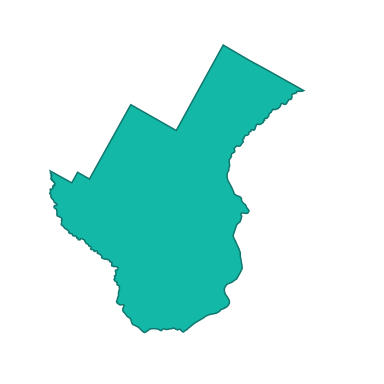 Collón Curá, Neuquén, Argentina, rotated 343°
{"feature_id": "61730980B40628819919033", "entity_name": "Collón Curá", "entity_type": "district", "adm_level": 2, "iso_a3": "ARG", "parent_name": "Argentina", "parent_adm1": "Neuquén", "projection": "equal_earth", "projection_center": [-70.399, -40.052], "detail": "fine", "context": "isolated", "style": "filled", "palette": "teal", "viewbox_px": 384, "rotation_deg": 343, "n_neighbors": 0, "source": "geoboundaries", "source_scale": "gbopen_adm2", "svg_char_len": 5863}
<svg xmlns="http://www.w3.org/2000/svg" viewBox="0 0 384 384"><g transform="rotate(343 192 192)"><path d="M57.3,147.9L57.0,148.6L56.8,150.6L56.4,151.0L55.5,151.6L56.0,152.9L56.1,153.4L55.9,154.8L55.6,155.4L56.0,156.9L56.5,158.2L56.8,158.5L57.1,158.6L57.0,159.2L57.2,159.8L57.2,161.0L57.4,161.7L59.0,163.8L59.3,164.3L59.0,165.0L58.9,165.1L58.3,164.8L57.2,165.1L57.0,164.9L56.1,165.2L55.6,165.8L55.7,167.0L56.3,167.8L57.1,168.4L57.3,168.9L57.1,171.5L56.2,173.8L56.1,174.7L56.2,175.4L56.6,175.9L58.0,176.9L59.2,178.3L60.0,179.5L59.8,180.0L59.6,180.3L59.2,180.4L58.8,180.9L58.8,181.2L58.8,182.4L58.5,183.1L58.3,183.3L57.6,184.4L57.4,185.2L58.3,186.2L59.1,187.7L59.6,189.4L60.2,190.2L60.8,190.4L62.7,193.4L62.7,193.8L62.4,194.4L62.4,195.0L62.6,195.5L63.3,196.1L65.0,196.6L65.2,198.7L65.8,199.4L66.5,199.7L67.7,199.8L68.1,200.3L68.3,200.6L68.4,202.3L68.7,202.6L69.3,202.5L69.5,202.6L69.6,202.9L69.3,203.8L69.3,204.4L70.8,204.9L71.3,204.8L71.9,204.2L72.7,204.2L73.1,204.3L73.8,205.3L74.6,206.0L75.2,206.3L75.3,207.1L75.1,208.0L75.4,208.4L75.6,209.6L75.8,210.1L76.2,210.7L76.9,211.2L77.6,212.2L77.6,213.4L78.1,214.0L79.2,214.5L79.3,215.0L79.4,215.4L79.2,215.9L78.8,216.2L78.5,216.6L78.4,216.8L78.6,217.4L80.7,218.4L80.9,218.7L81.0,219.8L81.3,220.3L81.9,220.5L82.8,220.1L83.8,220.6L84.2,221.1L84.3,221.4L84.2,221.7L83.6,222.4L83.7,223.1L84.8,223.8L86.0,225.0L86.5,226.1L87.0,226.9L86.9,227.4L86.4,228.4L87.3,229.5L89.3,230.9L90.7,230.9L91.2,231.9L93.0,232.8L93.1,233.4L92.9,234.1L92.9,234.4L94.6,235.9L94.7,236.2L94.3,237.2L94.3,237.5L93.7,238.7L93.7,239.1L93.9,239.4L94.1,239.6L94.8,239.7L95.4,240.5L96.1,240.5L98.3,241.6L98.9,242.6L98.9,243.4L98.7,244.0L98.2,244.4L97.1,244.7L96.5,244.4L96.1,244.4L96.0,244.6L95.7,245.1L95.5,245.7L95.6,246.2L95.5,247.5L95.1,248.7L94.5,249.4L93.4,249.6L93.2,249.8L93.2,250.4L93.3,251.0L93.0,252.0L92.8,252.3L92.2,252.5L91.9,252.7L91.9,253.5L92.3,254.5L93.5,256.2L94.1,256.6L94.1,257.1L93.5,257.8L93.2,258.5L93.3,258.8L94.7,260.3L95.0,260.5L95.2,260.8L95.1,261.3L94.6,261.8L94.5,262.0L94.3,263.9L93.5,264.6L92.0,267.3L91.6,269.3L91.3,269.9L90.0,271.4L89.1,273.0L87.8,274.7L87.7,275.1L88.0,276.2L89.3,278.0L89.9,278.7L91.1,279.3L93.3,279.5L93.7,279.9L93.9,280.7L91.9,283.1L91.3,284.3L91.2,286.1L92.7,289.1L93.8,292.3L95.8,294.6L96.2,295.6L96.2,298.2L96.1,299.0L96.5,301.2L99.9,304.3L101.5,306.1L104.1,311.0L105.3,312.4L105.9,312.5L106.4,312.5L108.6,311.9L111.3,310.9L112.6,310.8L116.0,311.6L119.7,313.3L120.9,314.8L121.6,315.3L122.3,315.6L123.4,314.9L124.8,314.4L125.3,314.6L125.8,315.1L127.2,316.0L129.7,316.4L130.5,316.3L132.1,316.7L134.2,316.7L135.4,317.2L136.4,318.5L137.6,319.4L138.2,319.7L139.7,319.4L140.5,319.7L140.9,320.9L142.3,323.1L143.0,323.4L144.6,322.6L146.0,322.4L147.6,321.8L148.0,321.5L154.9,318.6L157.1,317.9L165.9,315.8L169.1,314.7L172.9,314.3L179.6,315.0L183.2,314.3L185.5,312.8L188.3,312.8L191.5,312.0L193.7,310.8L195.4,309.0L195.9,306.6L195.3,303.3L194.1,299.8L193.9,296.9L194.6,294.0L196.4,291.9L199.1,290.3L203.6,290.0L206.4,289.0L209.4,288.1L214.4,283.3L217.7,279.7L218.4,276.0L219.4,267.6L220.4,264.3L220.3,260.1L219.4,254.1L219.2,251.3L218.7,249.6L218.6,248.6L218.5,246.2L218.6,245.6L225.0,236.6L226.2,235.8L229.1,234.6L230.3,233.2L232.5,229.7L232.5,229.3L232.2,228.4L232.2,227.6L232.6,226.9L233.5,226.7L234.8,227.0L236.5,227.9L237.9,228.4L238.6,228.5L239.8,228.0L240.8,227.0L241.0,226.7L240.7,225.2L239.9,223.3L239.6,222.2L239.5,220.3L239.1,219.3L238.3,218.4L237.6,217.1L237.2,216.1L237.0,215.2L237.1,213.7L237.4,212.4L236.8,211.0L235.5,209.8L234.0,208.8L231.8,206.1L231.9,204.5L231.3,199.4L230.9,197.1L230.0,193.0L229.7,191.0L229.8,189.0L230.3,186.7L231.2,184.3L233.7,181.8L234.2,180.0L234.7,179.1L235.2,178.7L235.5,178.2L235.9,177.0L236.3,174.5L236.9,172.1L238.9,170.7L240.0,169.6L240.3,169.1L240.4,168.1L240.7,167.6L241.0,167.3L241.6,166.8L243.7,166.5L244.3,166.2L244.7,165.9L245.0,165.1L245.0,164.6L244.8,163.7L244.8,163.1L245.0,162.8L247.8,161.1L248.2,160.9L248.9,161.2L250.1,161.9L251.0,162.0L251.7,161.9L252.7,161.4L253.6,160.4L255.7,159.1L255.8,158.4L255.6,157.6L255.7,156.8L255.9,156.5L256.2,156.3L257.1,156.1L257.7,155.2L257.9,154.6L258.3,154.1L258.6,153.9L259.5,153.8L260.1,153.7L261.8,153.8L262.9,153.5L263.4,152.9L263.7,152.3L263.8,151.7L264.5,151.3L265.9,151.3L266.1,151.2L266.7,150.0L267.7,149.9L268.2,150.2L268.9,151.0L269.2,151.0L270.4,150.5L270.7,150.2L271.4,148.9L272.2,148.1L272.9,146.9L273.5,146.4L274.1,146.3L274.6,146.4L276.0,147.2L276.9,147.2L278.5,146.9L280.6,146.2L281.2,145.4L281.5,144.6L282.3,144.6L282.5,144.5L282.1,143.9L282.8,143.2L283.7,143.0L284.9,143.4L285.6,143.3L285.9,142.9L287.5,141.9L288.2,140.4L289.1,139.4L290.9,139.0L293.2,136.6L293.6,136.4L293.9,136.5L294.4,137.3L295.5,137.3L296.2,137.5L298.9,137.3L300.9,136.3L302.0,135.2L302.6,134.3L303.0,133.8L304.0,133.5L304.7,133.9L305.4,134.9L306.4,135.4L306.8,135.5L307.6,135.4L308.8,134.5L309.5,133.7L310.2,133.3L311.3,132.2L311.9,132.0L312.6,132.2L313.6,132.3L314.3,132.1L315.5,130.2L315.5,129.1L315.7,128.7L316.2,128.0L316.7,127.9L317.0,127.6L317.5,127.5L317.9,127.8L319.2,127.9L319.4,127.7L321.2,127.6L321.3,127.3L321.4,126.8L321.6,126.5L322.3,126.4L324.9,127.4L327.1,127.9L328.5,127.7L300.5,98.4L285.4,83.0L264.8,60.6L194.9,128.6L159.0,90.6L97.7,149.6L88.4,139.7L79.7,148.1L62.6,130.5L62.6,131.1L62.8,131.6L62.4,131.9L62.4,132.2L62.1,133.0L62.4,133.1L62.6,133.5L62.7,134.0L62.8,135.0L62.6,135.2L62.2,135.0L61.9,135.1L61.8,135.6L62.2,136.0L62.2,136.5L61.8,136.8L60.8,138.0L61.6,138.4L61.9,138.7L61.8,139.2L61.4,139.5L61.3,139.8L61.9,140.2L62.1,140.4L62.0,140.9L62.5,141.2L62.6,142.1L63.3,142.6L63.2,143.1L63.4,143.9L63.2,144.2L62.8,144.2L62.5,144.4L62.5,144.9L62.8,145.0L62.7,145.5L62.3,145.3L61.8,145.2L61.5,145.4L61.1,145.4L61.0,145.8L60.5,146.0L60.4,146.3L60.8,146.8L60.2,147.2L60.0,147.4L59.5,147.6L59.4,147.9L59.2,148.2L58.5,148.5L57.7,147.9L57.3,147.9Z" fill="#14b8a6" stroke="#0f766e" stroke-width="1.5"/></g></svg>